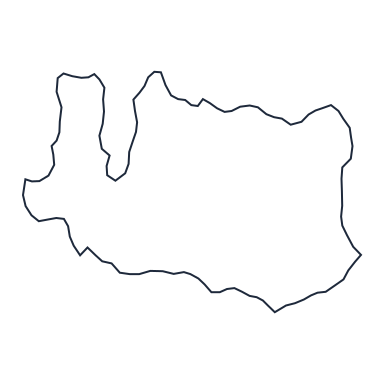 Passabém, Minas Gerais, Brazil
{"feature_id": "56859067B62293805835790", "entity_name": "Passabém", "entity_type": "district", "adm_level": 2, "iso_a3": "BRA", "parent_name": "Brazil", "parent_adm1": "Minas Gerais", "projection": "equal_earth", "projection_center": [-43.184, -19.36], "detail": "fine", "context": "isolated", "style": "outline", "palette": "slate", "viewbox_px": 384, "rotation_deg": 0, "n_neighbors": 0, "source": "geoboundaries", "source_scale": "gbopen_adm2", "svg_char_len": 1586}
<svg xmlns="http://www.w3.org/2000/svg" viewBox="0 0 384 384"><path d="M281.9,118.6L274.1,117.2L266.4,114.2L257.9,107.3L249.7,105.5L240.2,106.7L231.6,111.0L224.6,111.9L217.1,108.3L210.0,103.2L202.9,99.1L197.8,106.0L191.3,105.1L185.2,100.0L178.1,99.1L171.1,95.4L165.5,85.1L160.9,72.3L154.3,71.8L148.2,77.3L144.5,86.0L139.5,92.7L133.4,99.6L135.0,111.0L137.1,122.3L136.0,131.9L132.7,141.5L129.2,152.0L128.6,163.9L125.2,173.3L115.4,180.7L107.2,175.2L106.6,166.0L109.6,155.5L101.8,148.8L99.4,135.7L102.7,123.8L104.0,111.5L103.1,99.4L104.4,87.7L99.4,79.4L94.3,74.1L88.4,77.3L81.4,77.8L72.3,76.2L63.5,73.5L57.7,78.1L56.6,91.8L61.5,107.3L59.8,121.5L59.4,132.3L56.6,140.6L51.6,146.0L53.3,154.6L54.2,164.8L48.5,175.6L39.4,181.1L31.9,181.4L25.4,179.3L23.0,195.1L25.6,206.1L31.5,215.3L38.8,221.2L48.5,219.4L56.3,218.0L63.9,218.9L68.1,226.2L69.8,236.6L73.7,245.7L80.1,255.3L87.5,247.5L95.6,255.3L102.2,261.3L111.6,263.4L119.8,272.7L129.6,274.1L139.3,274.1L150.3,270.9L162.7,271.2L173.7,273.9L183.9,272.1L190.4,274.1L198.4,278.5L204.6,284.4L211.4,292.2L219.8,292.2L227.0,289.0L234.4,288.1L241.9,291.7L249.6,295.9L256.7,297.2L262.9,300.5L267.9,305.5L274.8,312.2L286.0,305.5L295.0,303.2L303.9,299.5L311.0,295.4L317.5,292.7L325.7,291.8L335.1,285.3L343.5,279.4L348.3,270.4L355.1,261.7L361.0,254.9L353.2,246.8L347.0,235.2L342.3,225.6L341.1,216.6L342.2,205.8L341.9,191.0L341.5,178.8L342.3,167.4L350.8,158.7L352.5,146.1L351.1,137.8L349.7,127.8L343.3,118.8L338.5,111.0L331.0,105.1L322.0,108.3L315.5,110.5L308.6,114.5L301.5,121.8L290.7,124.7L281.9,118.6Z" fill="none" stroke="#1e293b" stroke-width="2"/></svg>